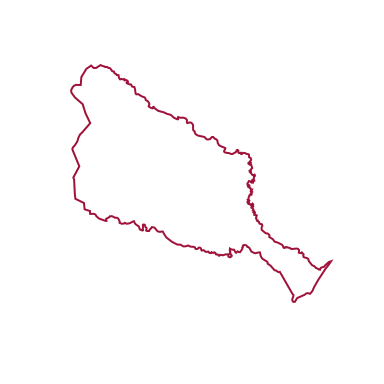 La Masica, Atlántida, Honduras, rotated 119°
{"feature_id": "27666195B29134923600773", "entity_name": "La Masica", "entity_type": "district", "adm_level": 2, "iso_a3": "HND", "parent_name": "Honduras", "parent_adm1": "Atlántida", "projection": "natural_earth1", "projection_center": [-87.15, 15.604], "detail": "fine", "context": "isolated", "style": "outline", "palette": "rose", "viewbox_px": 384, "rotation_deg": 119, "n_neighbors": 0, "source": "geoboundaries", "source_scale": "gbopen_adm2", "svg_char_len": 6082}
<svg xmlns="http://www.w3.org/2000/svg" viewBox="0 0 384 384"><g transform="rotate(119 192 192)"><path d="M130.3,341.5L135.5,344.1L145.1,344.5L152.4,341.2L154.6,345.5L156.5,346.8L158.1,347.2L161.3,347.1L162.8,346.3L163.7,345.3L166.1,340.1L168.2,330.2L174.7,323.4L181.1,314.4L193.5,317.0L195.7,317.8L199.4,317.7L203.4,316.8L208.0,317.1L210.6,317.7L212.1,317.6L212.9,317.1L224.2,303.0L236.9,302.8L238.3,301.1L249.8,294.0L254.5,290.7L254.0,281.2L259.2,277.5L258.1,272.0L260.5,270.6L259.8,269.1L258.7,267.3L258.5,266.6L258.6,265.3L259.6,263.8L260.3,260.3L259.1,253.3L258.7,252.8L257.3,254.0L256.9,254.0L254.2,252.2L253.1,252.1L252.9,251.5L252.0,250.5L251.8,248.8L251.9,247.0L250.9,245.1L250.9,244.4L251.2,243.3L252.9,240.9L254.1,240.4L253.8,238.1L252.9,236.5L251.5,235.8L251.5,233.9L250.4,232.3L249.2,231.1L246.5,229.4L245.7,228.6L247.1,226.8L247.6,225.3L247.9,221.8L250.0,219.5L249.8,216.8L249.1,216.3L248.2,217.1L245.7,218.2L244.8,219.0L244.2,219.0L243.6,217.8L243.7,217.1L245.2,215.8L245.6,214.1L247.6,213.6L248.0,213.2L248.0,212.7L247.2,211.0L246.8,210.6L245.2,210.8L243.8,210.2L242.2,210.1L241.4,208.0L241.4,207.3L242.8,203.9L243.0,202.4L242.3,200.5L241.0,199.1L240.8,198.2L241.9,196.7L244.2,192.4L245.3,185.3L245.1,179.8L245.0,179.1L243.6,176.5L243.8,173.5L243.6,172.9L242.6,171.2L241.0,169.8L240.5,169.0L240.7,168.1L240.3,166.4L239.2,164.0L239.0,162.7L240.0,161.4L239.9,160.7L239.2,159.7L237.3,159.0L236.8,158.2L237.0,156.9L238.3,155.6L238.5,155.1L237.2,153.6L237.7,151.2L237.5,150.5L236.2,148.9L236.8,147.6L236.5,146.3L236.2,145.7L235.2,145.7L235.4,144.9L234.9,144.2L234.7,143.5L234.0,143.3L233.9,142.1L234.9,141.0L234.8,140.3L234.2,139.4L234.7,137.4L234.5,137.2L233.3,137.0L232.3,134.1L230.4,132.5L229.1,130.4L229.3,129.7L230.4,129.3L230.9,128.7L230.7,127.1L229.3,126.3L228.6,126.3L227.9,127.1L228.0,128.0L227.7,129.1L226.7,128.8L226.2,129.7L225.5,129.7L225.0,130.5L223.1,131.4L223.1,129.4L222.1,127.2L223.6,124.8L223.8,124.0L221.8,123.3L221.8,121.6L221.4,120.8L217.3,120.4L216.2,121.1L215.4,120.8L214.8,121.3L214.1,121.4L213.3,121.0L212.4,119.1L212.5,118.0L213.2,116.9L212.9,116.2L213.0,114.9L215.3,111.2L215.2,108.5L215.0,107.1L212.1,103.9L211.9,103.3L214.5,101.0L216.0,98.8L216.3,97.6L216.5,92.8L216.8,91.9L218.0,91.1L218.4,87.4L220.4,81.9L219.9,80.4L220.2,78.2L219.8,76.8L219.3,76.4L232.5,54.6L232.9,53.3L233.9,52.8L237.4,52.3L238.5,51.3L238.9,50.4L238.8,49.7L238.2,48.8L233.9,48.6L233.2,48.2L227.5,43.8L225.2,42.8L224.2,41.5L223.9,39.5L223.5,39.3L220.2,38.7L215.9,39.1L208.1,39.0L194.3,38.0L189.7,37.2L185.2,36.8L187.0,38.4L191.3,39.9L193.2,40.2L195.3,42.2L196.4,42.6L197.7,42.4L197.7,43.0L198.3,43.3L198.1,45.2L198.4,46.8L197.6,49.0L197.8,51.5L195.8,56.3L194.6,57.4L194.0,58.5L194.8,62.8L193.7,63.9L192.5,64.1L191.6,66.6L192.6,66.8L193.3,69.1L191.0,70.2L190.4,71.3L190.4,72.1L190.9,73.3L193.5,77.1L193.8,78.3L193.5,79.1L194.0,80.9L194.2,82.3L194.7,82.5L194.9,83.7L196.0,83.8L196.3,84.6L196.1,85.3L195.1,86.3L194.5,87.7L194.7,92.4L195.4,95.7L194.1,98.3L193.9,102.6L192.3,103.2L192.0,103.8L191.6,105.8L192.2,107.0L192.3,107.8L191.4,112.4L190.8,113.2L188.8,114.0L187.6,114.0L186.4,115.0L186.4,115.8L186.9,116.7L186.8,117.9L185.7,118.7L185.7,120.1L185.2,120.6L185.7,120.9L185.6,121.2L183.7,123.5L183.0,123.3L182.4,123.8L181.1,124.0L181.1,125.4L181.7,126.0L181.8,126.5L180.6,126.8L180.3,127.7L179.8,126.9L179.5,126.9L178.8,128.0L178.9,129.2L178.8,129.8L178.4,129.8L178.2,129.0L176.9,130.9L176.9,132.5L176.1,132.7L176.3,131.7L175.0,131.4L174.4,132.2L173.2,132.4L172.9,133.2L173.8,133.2L173.9,134.0L174.8,133.9L175.0,134.4L174.6,135.8L175.1,136.8L174.3,138.3L174.0,138.3L174.0,137.3L173.8,137.1L173.3,138.4L172.6,137.6L171.8,137.7L172.0,138.9L171.8,139.4L171.0,138.8L170.0,139.7L168.8,139.9L168.0,139.7L167.2,140.2L166.0,139.9L165.7,139.0L165.0,139.6L164.7,138.9L164.3,139.0L163.4,140.2L162.6,139.5L162.1,140.3L162.3,141.0L160.7,140.8L161.1,142.0L160.4,142.6L160.5,143.4L159.8,144.0L160.3,144.6L160.3,145.3L159.8,145.9L158.9,144.9L158.5,145.0L158.3,145.6L158.6,147.0L157.9,147.6L154.8,147.5L154.6,146.3L155.0,144.6L154.4,144.0L154.4,143.3L154.2,143.1L153.7,143.3L153.7,144.9L153.4,145.2L152.5,145.1L152.5,144.5L152.9,143.7L151.9,142.9L151.6,143.2L151.8,144.2L151.6,144.6L150.1,144.4L148.7,145.3L147.8,144.8L147.0,144.9L146.5,145.8L147.4,146.5L147.8,147.5L146.9,149.6L146.5,151.2L145.5,152.0L145.2,151.7L145.1,150.7L143.9,151.5L141.9,150.9L139.6,153.3L140.1,155.1L139.8,156.5L139.3,156.8L138.9,156.7L138.5,154.6L138.0,154.5L137.2,156.1L135.5,155.8L134.6,156.2L133.9,157.2L133.9,158.9L131.9,160.1L131.6,160.5L131.6,161.0L132.2,162.6L132.2,164.2L132.7,165.8L133.4,166.6L134.7,166.8L134.9,167.4L134.9,167.7L134.0,168.3L135.1,169.6L135.1,170.4L134.7,170.9L133.3,171.5L133.1,172.6L133.7,173.1L135.9,173.0L139.2,175.1L139.8,176.3L140.1,178.8L140.9,180.4L141.4,182.6L141.2,183.4L140.6,183.8L137.8,183.9L137.4,184.2L138.0,189.1L138.0,191.1L136.6,193.3L134.6,194.8L134.2,196.2L134.3,198.3L133.6,200.0L134.2,201.2L137.2,202.0L138.6,204.0L138.8,205.1L138.0,207.1L137.9,208.0L139.7,213.9L139.7,216.7L138.8,218.2L137.6,219.2L137.5,220.4L137.0,221.2L133.0,223.5L132.5,224.1L131.9,225.7L131.8,226.8L132.8,228.4L133.8,229.2L134.0,229.6L133.5,230.3L131.4,231.4L130.8,232.9L131.1,235.5L132.7,238.1L133.2,240.5L133.7,240.4L135.1,239.5L135.5,239.9L135.8,243.4L135.6,245.1L135.0,246.8L134.9,248.3L135.8,251.9L135.9,254.9L137.4,260.9L136.9,265.0L136.1,266.8L136.5,267.2L137.6,266.8L138.0,267.1L138.3,269.1L138.3,270.8L138.0,271.5L135.9,271.8L135.0,272.7L134.0,274.7L134.0,277.0L132.9,278.0L132.2,279.3L132.7,282.1L132.5,286.5L133.5,287.9L133.5,288.5L132.8,289.4L129.8,291.6L128.1,293.3L128.6,294.5L128.8,295.6L127.5,297.4L128.1,298.7L128.5,301.8L128.3,302.1L127.8,302.1L126.8,301.3L126.2,301.9L126.2,302.7L125.9,303.2L126.1,303.9L126.9,304.9L126.1,305.4L126.1,306.2L126.9,306.5L127.3,308.6L128.1,309.1L128.4,309.8L127.3,311.5L125.4,312.9L126.2,314.6L125.7,315.4L125.7,317.4L124.5,318.7L125.0,320.4L123.8,322.8L123.5,323.9L124.0,325.1L123.8,326.4L124.2,327.8L124.8,328.5L124.7,329.6L125.2,331.7L125.3,333.5L130.0,336.0L131.2,338.2L130.3,341.5Z" fill="none" stroke="#9f1239" stroke-width="2"/></g></svg>